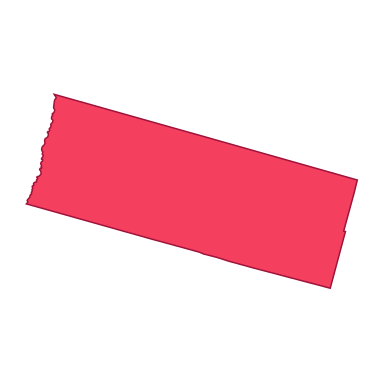 Marshall, Minnesota, United States of America, rotated 16°
{"feature_id": "52423323B67799781771195", "entity_name": "Marshall", "entity_type": "district", "adm_level": 2, "iso_a3": "USA", "parent_name": "United States of America", "parent_adm1": "Minnesota", "projection": "albers", "projection_center": [-97.048, 48.358], "detail": "fine", "context": "isolated", "style": "filled", "palette": "rose", "viewbox_px": 384, "rotation_deg": 16, "n_neighbors": 0, "source": "geoboundaries", "source_scale": "gbopen_adm2", "svg_char_len": 2075}
<svg xmlns="http://www.w3.org/2000/svg" viewBox="0 0 384 384"><g transform="rotate(16 192 192)"><path d="M351.4,246.4L350.4,187.7L348.6,187.8L348.1,148.1L347.6,134.9L189.0,135.4L32.6,136.1L33.0,136.5L33.3,136.9L34.4,137.6L35.1,138.3L35.5,139.0L35.4,139.6L34.8,140.6L34.6,142.1L35.6,148.5L35.7,149.0L36.0,149.6L37.2,150.5L37.5,151.2L37.4,153.7L37.2,154.2L36.5,154.7L36.2,155.1L36.3,155.9L36.7,156.2L37.0,156.7L36.8,157.2L36.5,157.5L36.4,158.9L36.6,159.8L36.9,160.5L38.4,161.3L38.7,161.7L38.7,162.8L38.5,164.0L37.8,165.0L37.7,165.5L37.7,166.5L37.8,166.7L38.2,167.1L38.4,167.8L38.2,168.9L38.0,169.4L37.4,170.2L37.4,170.7L37.7,171.4L38.1,171.9L38.1,172.5L37.8,173.3L36.8,173.7L36.6,174.0L36.7,174.9L37.6,175.1L38.1,176.4L38.2,177.9L38.1,178.7L37.2,180.2L36.4,180.8L36.2,181.3L36.1,181.7L36.2,183.4L36.5,184.2L37.0,184.9L37.2,185.4L37.2,185.9L36.8,187.8L36.3,188.7L35.9,189.0L35.7,189.5L35.6,190.0L35.6,192.2L36.4,193.8L37.2,194.2L37.6,194.6L37.7,195.0L37.5,196.0L37.6,196.9L38.9,197.9L39.0,198.4L38.8,199.6L38.2,200.9L38.2,201.7L38.5,202.0L39.0,201.9L39.7,202.3L39.7,202.6L39.7,203.4L39.2,204.2L39.0,204.5L38.9,204.9L38.7,205.7L38.8,206.6L39.0,206.9L39.8,207.4L40.0,207.7L40.0,209.3L40.8,210.0L40.7,210.7L40.6,210.9L39.8,210.9L39.5,211.2L39.4,211.7L39.4,212.6L39.8,212.9L40.1,212.9L40.8,213.5L41.7,215.5L41.9,216.2L41.9,216.7L40.4,219.2L40.1,219.5L39.1,219.8L38.8,220.3L38.8,220.8L39.0,221.0L39.5,221.2L39.8,221.8L39.8,222.4L39.3,223.0L39.3,223.3L39.3,223.7L39.7,224.4L39.7,224.7L39.6,225.2L39.3,225.6L38.5,225.7L37.6,226.8L37.4,227.2L37.4,228.0L38.0,229.1L38.0,229.5L37.2,230.0L36.9,230.4L37.0,231.2L37.3,231.7L37.9,232.1L38.0,232.4L37.9,233.0L37.6,233.3L37.5,233.9L37.7,234.3L38.0,234.6L38.1,235.1L38.1,235.7L37.7,236.3L37.8,237.1L38.3,237.8L38.2,238.6L37.6,239.0L37.4,239.5L37.3,240.1L37.5,241.7L36.9,242.9L36.8,243.2L35.9,245.2L35.9,245.6L36.2,246.1L36.5,246.2L36.8,246.5L36.8,247.3L36.8,247.7L36.7,248.1L36.1,248.8L36.0,249.1L167.0,248.4L215.6,247.8L220.2,248.4L233.5,248.0L246.8,248.4L272.6,248.1L351.4,246.4Z" fill="#f43f5e" stroke="#9f1239" stroke-width="1.5"/></g></svg>